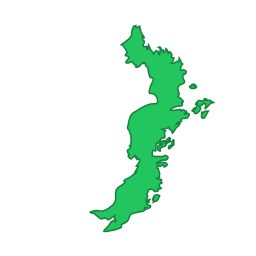 an SVG outline of Ostrobothnia, rotated 141°
{"feature_id": "FIN-3182", "entity_name": "Ostrobothnia", "entity_type": "Province", "adm_level": 1, "iso_a3": "FIN", "parent_name": "Finland", "parent_adm1": "", "projection": "natural_earth1", "projection_center": [22.043, 62.87], "detail": "fine", "context": "isolated", "style": "filled", "palette": "green", "viewbox_px": 256, "rotation_deg": 141, "n_neighbors": 0, "source": "natural_earth", "source_scale": "10m", "svg_char_len": 5668}
<svg xmlns="http://www.w3.org/2000/svg" viewBox="0 0 256 256"><g transform="rotate(141 128 128)"><path d="M59.9,203.6L57.4,202.6L58.6,201.0L57.6,200.3L54.9,199.9L57.4,194.6L57.9,192.5L58.2,188.7L58.7,188.0L59.7,189.7L60.8,187.4L61.0,186.2L60.6,185.3L61.5,184.3L64.3,182.8L64.7,181.7L64.1,180.9L62.3,179.7L63.7,176.9L62.3,176.9L60.8,178.9L59.8,179.7L61.1,174.6L61.1,170.9L61.5,169.6L58.1,170.5L57.2,170.1L56.7,169.3L56.5,168.3L56.8,167.2L57.6,166.3L57.2,165.1L53.0,169.3L52.9,170.1L53.7,171.3L52.3,171.1L52.1,169.9L52.9,166.8L51.5,166.3L52.9,164.6L51.9,164.1L50.6,164.3L48.5,165.7L48.4,164.6L49.9,160.7L48.0,161.5L47.5,161.1L47.4,158.2L48.0,157.0L49.9,155.6L48.2,153.5L52.1,151.0L53.4,151.2L52.4,149.6L47.9,149.0L46.9,147.8L45.5,148.7L44.3,150.1L44.5,148.1L45.5,144.9L45.2,143.3L48.2,142.4L49.7,141.3L50.4,140.0L50.4,139.1L49.1,138.9L47.6,137.5L47.1,136.1L47.4,135.0L48.4,134.2L49.8,133.9L51.8,134.9L53.9,132.2L54.6,128.7L55.7,127.8L57.2,127.8L61.5,129.0L62.8,128.6L64.9,126.9L66.9,121.9L69.5,121.2L68.5,118.3L68.1,114.2L68.3,113.9L69.1,113.4L70.6,113.7L70.7,112.5L71.6,111.4L73.3,112.0L75.9,113.9L79.7,115.3L81.7,115.8L83.7,115.0L81.0,112.7L75.6,109.5L75.2,108.4L76.4,107.2L74.8,107.7L73.9,107.5L73.2,106.9L72.9,104.6L72.1,104.4L72.5,103.6L75.1,103.3L75.1,102.8L72.7,102.2L72.0,101.6L71.7,100.3L72.2,99.6L75.5,98.4L79.1,100.7L81.1,101.2L82.4,99.4L85.4,100.8L87.1,101.0L88.5,100.5L84.6,99.4L84.6,98.9L87.2,97.8L90.6,97.8L95.1,96.2L96.7,96.1L95.9,98.1L96.5,101.3L95.8,102.8L97.3,103.0L102.3,105.6L100.5,102.2L102.9,101.3L104.8,97.8L106.0,97.3L107.8,98.9L108.8,98.9L111.3,97.8L113.3,98.4L114.3,98.4L114.6,98.1L114.7,97.2L116.0,97.8L118.6,95.6L120.7,92.8L121.1,92.8L122.6,94.9L124.0,94.2L126.7,91.2L124.2,88.1L122.4,87.0L119.0,83.9L117.0,83.6L116.2,83.2L115.5,82.3L115.2,80.1L116.6,79.1L118.7,79.2L122.4,81.9L126.3,82.5L128.4,83.3L123.2,79.9L120.8,77.7L120.3,75.6L120.9,74.6L121.6,74.3L124.4,74.8L124.0,76.5L124.2,77.3L127.1,77.9L128.1,78.6L128.0,80.6L128.8,80.2L130.6,78.9L130.1,77.6L130.3,76.9L132.3,72.3L134.1,70.8L134.4,69.8L137.4,70.7L136.9,69.6L134.4,66.8L136.6,65.1L136.1,64.0L138.8,64.4L139.9,64.0L140.4,62.6L140.1,60.3L141.6,60.6L143.1,61.9L143.6,60.7L144.2,60.3L145.5,60.4L147.2,61.9L147.5,62.9L147.2,64.0L149.2,66.4L149.6,66.8L151.7,66.4L154.0,65.1L155.1,64.9L155.4,63.2L155.8,62.4L156.8,61.6L158.7,61.0L159.7,60.1L155.3,58.5L159.6,58.5L157.9,56.8L159.5,57.3L161.1,57.1L161.3,55.4L160.0,54.7L159.4,53.9L159.7,52.9L160.9,52.4L162.2,52.5L162.9,53.0L164.1,54.8L165.1,55.6L165.8,55.4L165.9,54.6L165.2,53.5L166.4,54.0L168.0,53.6L178.1,58.7L181.1,59.0L185.9,56.3L188.4,55.9L193.9,57.1L195.5,55.1L197.2,55.2L202.7,57.3L210.5,61.5L211.7,63.1L210.7,63.5L204.1,64.4L199.9,65.8L198.2,65.4L197.0,63.1L196.8,63.2L195.6,63.6L196.2,65.7L194.8,66.2L194.6,66.4L194.9,67.5L193.6,68.0L196.6,68.7L199.9,68.7L201.3,69.3L202.0,72.1L205.9,74.1L206.7,75.7L208.2,82.9L209.0,84.2L210.5,85.9L210.3,86.3L209.8,86.4L206.8,85.1L204.4,83.7L200.3,79.5L197.6,78.5L194.1,77.8L187.8,77.7L184.6,78.8L182.3,80.6L178.4,85.4L175.8,87.5L173.4,88.0L165.2,87.3L164.4,88.2L164.5,89.4L163.2,89.8L157.6,88.5L149.4,88.4L150.3,89.3L144.3,91.6L145.6,93.1L141.5,94.2L139.5,95.3L138.9,96.1L139.0,97.2L140.8,97.6L140.8,98.2L139.3,99.8L140.7,99.8L140.8,100.1L139.8,102.3L145.0,101.9L145.8,103.3L145.6,106.1L143.9,106.7L143.5,107.4L143.9,107.8L143.8,108.7L143.0,110.6L142.1,111.1L140.0,110.9L137.8,111.5L137.2,112.2L138.1,113.1L136.8,113.3L134.6,114.9L130.2,120.7L129.7,122.9L128.7,125.2L128.7,127.3L128.1,128.7L121.4,134.0L118.9,135.5L116.8,136.3L114.5,136.5L102.7,134.9L98.0,133.5L95.3,132.4L90.2,128.9L88.7,129.3L86.5,132.8L86.1,135.5L86.2,136.7L86.8,138.7L89.4,141.3L88.8,142.9L84.1,146.4L77.5,149.7L77.8,152.5L78.1,153.0L79.0,153.0L78.8,154.3L77.2,158.1L75.1,161.5L74.7,163.0L75.0,165.1L74.6,166.4L73.7,167.7L74.0,168.1L75.4,168.4L75.3,169.6L80.3,168.8L82.5,169.3L83.3,169.9L83.6,171.0L82.2,171.3L83.2,174.1L83.1,176.6L84.0,177.6L86.7,178.2L87.9,179.1L88.5,179.8L88.1,180.7L83.7,181.8L82.7,182.7L82.9,183.8L84.3,185.6L84.1,186.6L81.3,187.0L80.5,189.6L80.0,195.6L80.9,197.0L73.4,196.6L70.0,196.8L66.9,197.9L63.0,201.7L61.2,202.5L59.9,203.6ZM67.0,97.2L66.6,98.3L66.6,99.3L67.4,101.1L64.2,101.8L63.4,101.5L64.4,100.5L63.3,100.5L58.8,102.8L58.8,103.3L60.5,103.8L59.4,104.6L55.8,105.0L53.5,102.4L52.4,101.7L50.6,102.5L49.7,102.4L48.9,101.1L50.2,101.1L50.2,100.5L47.0,98.1L45.5,93.9L48.1,95.2L53.1,94.5L55.8,94.4L55.8,94.9L54.0,95.8L52.8,97.8L53.0,98.5L52.8,98.9L53.7,99.3L57.1,99.4L58.5,100.1L59.2,99.1L58.8,97.8L60.3,96.8L62.9,96.1L65.4,96.1L67.0,97.2ZM112.3,96.8L108.6,96.0L108.3,95.6L108.5,95.3L107.5,94.6L107.6,94.2L108.5,93.9L108.8,93.3L107.6,91.4L110.2,90.6L111.6,90.8L113.2,92.0L113.9,91.4L115.5,92.1L116.3,91.5L117.2,89.8L117.8,89.8L118.3,91.8L118.7,92.3L117.2,94.5L116.4,95.1L115.0,95.0L113.1,93.8L110.5,94.2L113.2,95.0L113.5,95.9L112.3,96.8ZM153.8,54.2L155.1,54.4L154.6,54.8L153.4,57.5L152.2,57.0L151.8,57.2L152.1,57.8L151.8,58.3L149.5,58.9L147.2,57.6L145.9,55.5L149.3,53.7L151.0,53.2L152.1,53.3L153.3,54.4L153.8,54.2ZM60.5,93.9L60.3,92.6L58.0,92.8L54.9,90.6L62.3,87.7L64.1,88.9L64.0,90.2L63.0,91.6L60.5,93.9ZM53.5,121.6L52.4,121.0L51.0,121.6L49.6,121.0L49.0,119.9L49.9,120.2L50.4,119.2L49.2,118.5L48.7,117.8L48.6,117.2L49.9,116.4L52.7,117.7L54.0,119.2L54.3,120.4L54.3,121.2L53.5,121.6ZM100.6,90.3L100.1,90.2L100.2,89.4L103.1,86.0L105.2,86.2L107.0,85.8L109.3,86.1L109.3,86.4L108.3,86.7L108.6,87.5L108.1,88.0L107.0,88.2L105.0,87.5L104.1,87.7L103.1,89.0L100.6,90.3ZM103.8,90.9L105.4,91.1L107.1,92.7L106.2,94.3L104.1,94.7L103.7,94.4L103.6,93.6L103.1,93.8L102.6,94.7L101.9,94.5L101.7,94.0L101.9,93.0L102.6,92.1L103.4,91.8L105.2,92.2L103.8,90.9Z" fill="#22c55e" stroke="#15803d" stroke-width="1.5"/></g></svg>